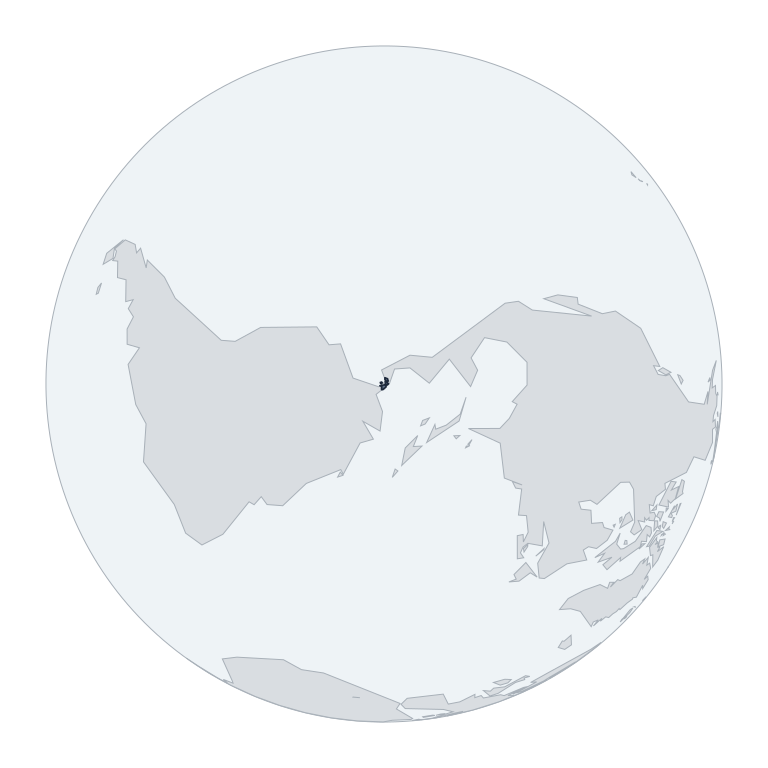 Panama highlighted on a globe, orthographic projection, rotated 122°
{"feature_id": "PAN-1340", "entity_name": "Panama", "entity_type": "Province", "adm_level": 1, "iso_a3": "PAN", "parent_name": "Panama", "parent_adm1": "", "projection": "orthographic", "projection_center": [-79.066, 8.844], "detail": "fine", "context": "on_globe", "style": "filled", "palette": "slate", "viewbox_px": 768, "rotation_deg": 122, "n_neighbors": 0, "source": "natural_earth", "source_scale": "10m", "svg_char_len": 10701}
<svg xmlns="http://www.w3.org/2000/svg" viewBox="0 0 768 768"><g transform="rotate(122 384 384)"><circle cx="384" cy="384" r="338" fill="#eef3f6" stroke="#a8b0b8"/><path d="M389.2,387.1L381.1,383.5L373.4,393.5L345.8,377.2L335.8,357.2L251.3,324.1L242.6,313.8L242.7,297.4L216.4,243.9L227.0,293.7L216.3,283.8L208.2,265.9L213.4,261.7L208.7,236.1L199.5,226.4L200.7,195.8L223.0,159.4L225.6,165.1L230.6,156.6L227.7,149.4L224.5,146.9L237.8,116.2L231.5,101.7L218.6,105.3L230.0,99.1L198.3,112.6L187.9,114.7L206.3,107.7L213.4,103.6L209.6,102.1L216.1,97.8L218.0,95.0L226.0,90.4L236.2,87.8L241.6,85.1L238.6,84.4L244.8,80.1L248.3,81.4L259.5,74.4L278.5,71.2L281.5,82.6L298.7,80.7L319.4,93.1L324.2,89.5L335.1,93.5L344.6,91.1L345.7,95.1L352.4,90.0L349.6,86.9L351.6,83.9L356.9,82.6L359.3,87.0L356.9,88.4L360.4,89.1L359.3,92.1L362.9,89.8L365.1,96.1L370.9,88.2L379.4,91.9L378.7,96.6L368.3,98.2L341.0,116.6L337.1,123.8L342.0,131.2L373.2,139.6L373.2,147.4L380.9,156.3L385.7,150.5L381.4,141.6L392.2,134.1L385.7,125.3L389.1,121.3L386.6,112.4L398.2,111.9L410.9,116.6L413.6,124.3L419.2,127.0L425.8,118.8L439.6,133.6L464.0,144.9L466.3,149.6L454.5,158.7L431.4,159.8L416.0,175.7L437.4,164.0L442.9,177.6L448.6,179.7L454.9,178.8L457.3,173.4L461.6,178.3L442.0,190.6L437.9,186.3L444.1,182.1L433.3,183.2L420.1,193.4L423.9,200.5L400.1,211.6L402.5,217.2L398.7,223.4L396.4,213.4L400.0,232.1L372.6,254.1L377.0,288.8L360.3,262.2L346.8,259.5L330.6,260.4L331.0,265.9L309.1,262.1L289.8,274.2L283.3,302.0L291.4,323.3L315.7,324.0L322.7,311.9L340.3,309.2L328.3,341.8L359.3,346.0L356.6,370.5L365.7,383.0L381.1,379.5L397.0,385.2L408.1,370.7L426.0,362.4L426.8,382.2L436.4,363.8L446.7,373.0L482.1,370.7L479.5,375.3L509.5,397.2L540.9,405.4L548.2,419.3L544.6,428.4L555.2,430.2L555.4,436.0L596.8,441.0L617.0,453.1L615.6,473.2L597.3,498.0L577.5,546.7L543.8,564.7L533.0,583.6L503.0,611.4L482.9,610.6L486.4,622.9L473.5,631.0L459.8,632.1L455.6,640.8L445.4,641.4L451.0,646.7L432.3,658.0L435.0,666.4L420.9,674.9L423.1,679.5L418.5,679.5L413.1,681.3L412.0,683.9L398.9,679.8L397.5,669.0L403.9,663.3L397.8,662.4L411.6,647.2L404.3,650.4L409.7,626.9L421.9,606.5L433.2,545.2L426.7,532.8L401.4,518.6L371.2,471.3L379.9,451.4L373.0,442.1L395.4,413.4L389.2,387.1ZM73.0,287.1L75.4,279.5L75.3,284.6L73.0,287.1ZM76.0,274.7L75.3,277.3L75.7,275.1L76.0,274.7ZM75.7,273.1L75.9,274.3L75.3,273.7L75.7,273.1ZM74.9,271.8L75.4,272.2L75.3,272.4L74.9,271.8ZM375.6,300.7L411.0,316.8L391.3,319.4L394.9,316.2L385.9,309.4L369.2,303.4L351.7,307.4L375.6,300.7ZM74.8,267.6L74.9,266.3L75.6,265.9L74.8,267.6ZM390.6,281.0L384.5,279.9L390.4,279.6L390.6,281.0ZM222.0,146.8L226.9,149.9L227.2,158.5L222.4,156.2L222.0,146.8ZM222.4,132.3L226.5,131.9L220.5,139.8L220.0,137.5L222.4,132.3ZM207.9,109.5L210.7,110.2L205.8,111.1L207.9,109.5ZM216.8,95.5L214.0,96.9L216.2,94.9L216.8,95.5ZM380.4,113.5L383.5,113.0L382.3,114.9L380.4,113.5ZM376.5,110.4L373.0,113.0L370.6,111.9L372.8,110.3L376.5,110.4ZM230.5,86.4L234.9,83.4L232.2,85.9L230.5,86.4ZM381.3,107.6L366.8,109.7L362.6,108.0L367.5,100.8L381.3,107.6ZM238.6,81.4L249.1,75.2L243.7,77.3L264.9,68.8L248.9,76.3L246.4,78.7L243.8,79.0L238.6,81.4ZM346.3,86.6L349.6,89.8L341.9,88.5L346.3,86.6ZM340.9,86.7L314.4,89.0L312.3,84.3L321.6,84.1L314.8,79.8L326.8,76.2L333.2,77.8L332.2,81.4L337.6,77.5L340.9,86.7ZM274.9,65.6L279.0,64.2L276.7,65.3L274.9,65.6ZM351.8,82.6L346.6,83.2L344.4,79.1L354.3,77.2L351.8,79.1L351.8,82.6ZM307.2,80.7L307.3,77.7L317.0,73.9L318.4,72.4L326.9,75.8L307.2,80.7ZM355.1,79.4L359.4,76.5L365.4,77.4L356.7,81.9L355.1,79.4ZM339.6,78.9L339.0,77.0L342.6,77.4L339.6,78.9ZM388.9,80.3L382.8,80.4L381.1,78.1L388.9,80.3ZM360.6,75.4L358.6,75.2L357.2,74.5L361.2,72.9L360.6,75.4ZM333.2,73.1L337.2,72.4L330.2,71.5L337.2,69.1L341.6,72.1L342.7,69.8L344.8,69.2L346.0,72.4L333.2,73.1ZM361.2,69.4L369.2,73.3L381.0,73.2L382.8,75.1L363.6,74.9L361.2,69.4ZM352.2,70.8L358.2,70.3L357.4,72.5L352.8,74.3L352.2,70.8ZM340.4,66.7L328.5,69.5L327.9,68.9L340.4,66.7ZM364.8,68.9L362.7,68.0L365.7,68.6L364.8,68.9ZM348.0,66.7L343.9,67.6L343.4,66.8L348.0,66.7ZM362.2,65.8L364.7,66.9L361.7,68.0L362.2,65.8ZM355.8,65.8L356.1,64.5L359.1,67.7L354.0,66.3L355.8,65.8ZM348.2,65.8L346.5,65.6L350.0,65.5L348.2,65.8ZM372.1,61.7L376.7,65.4L370.0,67.5L366.5,63.5L372.1,61.7ZM420.1,688.4L399.7,681.4L411.5,684.6L421.1,680.4L431.3,685.6L420.1,688.4ZM448.0,677.1L458.4,674.4L460.4,675.6L453.7,677.8L448.0,677.1ZM632.3,154.8L619.7,143.5L626.6,150.6L640.0,163.4L639.8,163.3L649.3,174.8L641.9,166.0L625.4,151.8L628.5,161.1L648.0,194.0L646.6,199.8L638.3,197.8L615.6,169.4L621.4,159.9L613.4,151.3L599.0,142.4L601.9,140.8L596.7,136.5L597.6,133.3L585.7,120.4L584.6,117.0L567.3,104.8L564.4,101.8L575.5,109.6L582.6,113.8L578.3,107.8L573.8,104.5L562.9,97.5L563.1,97.4L553.1,91.5L548.5,88.8L571.4,102.8L593.0,118.5L613.4,135.9L632.3,154.8ZM545.1,87.0L546.6,88.2L533.8,81.7L521.7,75.6L517.9,74.2L537.6,84.3L545.1,88.3L551.0,91.1L571.8,104.3L576.0,108.2L555.7,96.7L559.4,101.5L541.9,91.8L499.4,68.0L488.1,63.0L492.3,63.9L519.2,74.3L545.1,87.0ZM273.0,64.8L269.6,66.0L270.4,65.8L276.2,63.9L264.9,68.8L243.7,77.3L243.1,77.1L230.2,83.5L230.7,82.8L273.0,64.8ZM721.2,406.3L721.6,392.4L721.4,367.1L720.4,358.4L719.7,363.7L717.7,353.5L716.4,355.0L702.8,375.4L693.6,364.0L671.1,323.1L670.0,302.7L661.1,282.1L646.4,201.1L653.0,201.3L652.5,182.5L654.2,183.4L664.8,198.8L671.0,205.6L684.0,228.4L695.2,252.2L704.5,276.8L711.8,302.0L717.2,327.7L720.6,353.8L721.9,380.0L721.2,406.3ZM662.8,238.2L665.9,244.4L666.0,244.4L662.8,238.2ZM483.2,370.4L487.5,374.0L481.9,374.4L483.2,370.4ZM388.7,327.6L396.1,327.9L400.1,330.8L394.4,331.9L388.7,327.6ZM450.4,326.1L458.8,327.5L450.2,329.5L450.4,326.1ZM416.5,318.9L443.7,325.8L427.0,332.1L409.8,328.1L421.5,326.0L416.5,318.9ZM387.5,292.4L392.2,293.7L390.9,297.3L387.5,292.4ZM394.9,281.0L393.1,281.3L390.7,278.5L394.9,281.0ZM444.0,176.9L445.7,176.0L452.3,176.2L449.5,178.6L444.0,176.9ZM479.6,165.0L485.7,173.2L479.4,168.5L476.7,172.8L460.2,169.1L466.6,151.8L466.6,159.9L479.6,165.0ZM439.9,160.7L449.6,164.1L438.7,161.1L439.9,160.7ZM567.2,119.5L571.8,120.6L577.8,125.9L579.1,133.0L570.4,125.1L567.2,119.5ZM576.9,121.2L556.4,109.4L554.7,105.4L559.1,109.4L560.1,108.0L567.4,114.3L585.9,123.3L592.4,128.8L591.3,137.2L588.1,131.0L583.8,129.8L576.9,121.2ZM506.8,95.0L497.9,92.3L505.9,86.8L513.3,90.1L515.1,96.6L507.4,96.6L506.8,95.0ZM392.7,95.5L388.8,96.6L388.1,95.1L390.9,93.0L392.7,95.5ZM386.2,80.5L409.2,89.9L405.8,91.4L423.3,96.5L421.3,102.6L410.1,98.9L421.6,108.0L410.7,107.2L419.5,113.2L394.7,104.3L385.3,104.7L396.5,101.8L398.6,95.9L396.7,93.6L384.2,87.5L365.1,86.6L364.1,81.6L368.5,78.3L372.9,77.7L372.2,81.0L378.6,77.9L380.9,82.3L386.2,80.5ZM420.4,56.2L417.6,58.0L431.0,57.0L433.4,59.6L434.8,59.3L440.7,61.7L450.3,64.4L449.8,65.6L453.8,66.3L457.7,68.2L463.0,69.7L464.0,72.6L470.5,74.8L467.3,75.1L478.2,78.2L470.5,77.3L474.9,80.4L480.0,79.7L472.8,97.0L475.7,106.6L482.3,115.6L468.3,114.1L453.2,105.3L439.6,94.5L438.8,86.1L432.6,87.5L430.4,84.1L436.2,84.4L426.0,82.1L425.7,79.6L413.6,72.9L398.9,72.2L394.1,70.2L399.7,69.3L391.0,68.0L398.4,65.1L395.1,63.8L399.1,60.1L411.8,59.8L407.2,58.5L410.0,56.3L420.4,56.2ZM373.7,60.6L388.3,58.5L396.8,59.2L386.4,65.5L388.3,67.1L381.9,72.2L369.7,71.3L372.7,69.8L372.7,68.3L376.5,69.1L373.5,67.3L377.4,65.4L376.2,63.6L381.3,63.3L373.7,60.6ZM649.7,176.7L649.8,176.3L648.6,174.1L654.5,181.8L649.7,176.7ZM638.9,167.1L638.1,165.2L645.9,174.0L645.7,174.9L638.9,167.1ZM631.0,157.3L637.4,164.4L633.9,161.1L631.0,157.3ZM574.0,107.9L572.4,106.1L574.8,107.6L578.7,110.5L574.0,107.9ZM460.7,57.6L457.7,57.6L455.6,57.0L444.7,55.6L442.1,54.2L447.6,54.4L460.7,57.6ZM456.0,55.8L451.8,55.3L453.1,55.0L456.0,55.8ZM439.6,53.2L440.0,52.6L440.5,53.9L439.6,53.2ZM389.3,46.1L388.5,46.1L388.2,46.1L389.3,46.1ZM425.5,49.0L431.0,49.8L429.9,49.9L425.5,49.0ZM277.0,64.5L278.8,64.2L275.1,65.4L277.0,64.5Z" fill="#d9dde1" stroke="#a8b0b8" stroke-width="1"/><path d="M387.8,386.9L387.7,386.7L387.6,386.4L387.5,386.5L387.4,386.4L387.4,386.2L387.4,385.9L387.1,385.6L387.3,385.6L387.3,385.4L387.3,385.2L386.9,385.1L387.0,385.0L386.9,385.0L386.7,385.1L386.6,384.8L386.6,384.7L386.6,384.4L386.6,384.5L386.4,384.8L386.2,384.6L385.8,384.2L385.7,384.1L385.6,383.9L385.6,384.0L385.4,384.2L385.2,384.0L385.2,383.9L385.1,383.7L384.4,383.3L384.1,383.3L383.9,383.1L383.9,382.9L383.9,382.7L384.0,382.5L384.0,382.4L384.3,382.3L384.5,382.3L384.5,382.2L384.4,382.3L384.2,382.4L383.9,382.5L383.7,382.6L383.8,382.7L383.9,382.9L383.8,383.0L383.7,383.1L383.4,383.0L383.4,382.9L383.4,383.0L382.8,383.0L382.6,383.0L382.1,383.0L381.9,383.0L381.6,383.1L381.4,383.3L381.4,383.6L381.2,383.5L381.2,383.4L381.1,383.6L381.0,383.8L380.9,383.7L380.6,383.8L380.4,383.9L380.3,384.0L380.2,383.9L380.1,384.0L380.0,384.3L380.0,384.6L380.0,384.9L379.9,385.0L379.7,385.2L379.6,385.3L379.8,385.3L380.0,385.3L380.3,385.1L380.1,385.3L379.9,385.6L379.6,385.7L379.3,385.7L379.3,385.8L379.2,385.9L379.0,386.1L378.9,386.2L378.7,386.4L378.3,386.6L378.1,386.3L378.0,386.2L378.0,385.9L377.9,385.7L378.0,385.5L377.9,385.3L377.9,385.2L377.8,384.5L377.6,384.1L377.6,383.9L377.7,383.7L377.8,383.5L377.8,383.4L378.0,383.2L378.3,383.3L378.6,383.2L378.8,383.1L378.9,382.9L378.8,382.6L379.0,382.0L379.2,381.9L379.4,382.0L379.6,382.1L379.8,382.3L380.0,382.4L380.3,382.4L380.5,382.3L380.7,382.1L380.8,381.9L381.0,381.8L381.1,381.7L381.1,381.4L381.2,381.1L381.2,380.9L381.3,380.4L381.6,380.3L381.8,380.3L382.1,380.3L382.2,380.6L382.1,380.8L382.3,380.7L382.5,380.7L382.9,380.7L382.9,380.8L383.0,380.9L383.0,381.0L382.9,381.1L382.8,381.3L383.0,381.4L383.4,381.3L383.6,381.3L383.8,381.3L384.0,381.4L384.3,381.4L384.4,381.2L384.5,381.1L384.8,381.0L385.0,381.1L385.3,380.9L385.5,381.0L385.7,380.9L385.8,380.9L385.9,381.0L386.0,381.0L386.0,380.9L386.6,381.2L387.1,381.1L387.3,381.1L387.4,381.3L387.5,381.2L387.6,381.3L387.8,381.4L387.8,381.5L388.1,381.7L388.5,381.6L388.6,381.9L388.8,381.9L389.2,382.0L389.2,381.9L389.3,381.9L389.4,382.1L389.3,382.3L389.7,382.4L389.8,382.4L390.0,382.6L389.9,382.7L389.8,382.9L389.8,383.0L389.7,383.1L389.8,383.4L389.7,383.5L389.4,383.6L389.2,383.8L388.9,383.8L388.6,383.9L388.6,384.0L388.4,384.2L388.2,384.1L387.9,384.0L387.7,384.1L387.7,384.6L387.7,384.8L387.6,385.1L387.5,385.7L387.6,385.8L387.6,386.0L387.7,386.3L387.8,386.6L387.8,386.9ZM385.0,386.3L385.0,386.2L385.2,386.3L385.2,386.5L385.3,386.6L385.3,386.8L385.4,387.0L385.2,387.1L384.9,387.3L384.9,387.5L385.0,387.6L384.9,387.7L384.8,387.4L384.7,387.3L384.6,387.2L384.7,386.9L384.6,386.7L384.5,386.4L384.9,386.2L385.0,386.3L385.0,386.3ZM383.8,387.1L383.9,387.4L384.0,387.4L384.0,387.5L383.9,387.5L383.9,387.4L383.8,387.5L383.7,387.7L383.7,387.3L383.7,387.2L383.8,387.1ZM383.9,386.7L383.8,386.8L383.6,386.6L383.7,386.4L383.8,386.5L383.9,386.7ZM381.1,384.3L381.1,384.2L381.2,384.3L381.1,384.3Z" fill="#64748b" stroke="#1e293b" stroke-width="1.5"/></g></svg>